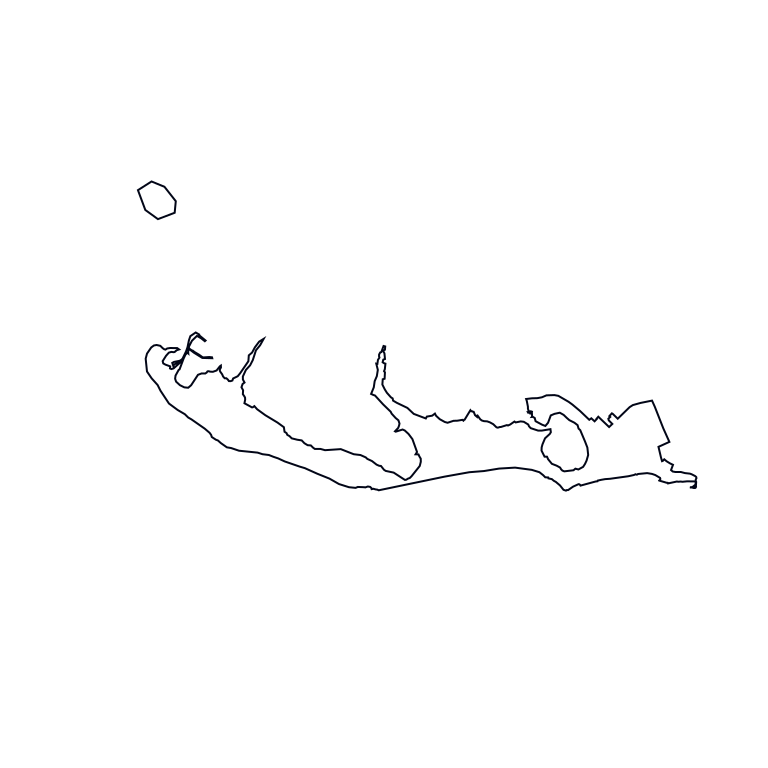 Al Mina, Yemen (Natural Earth projection), rotated 306°
{"feature_id": "15242507B27528285733897", "entity_name": "Al Mina", "entity_type": "district", "adm_level": 2, "iso_a3": "YEM", "parent_name": "Yemen", "parent_adm1": "", "projection": "natural_earth1", "projection_center": [42.92, 14.868], "detail": "fine", "context": "isolated", "style": "outline", "palette": "ink", "viewbox_px": 768, "rotation_deg": 306, "n_neighbors": 0, "source": "geoboundaries", "source_scale": "gbopen_adm2", "svg_char_len": 6163}
<svg xmlns="http://www.w3.org/2000/svg" viewBox="0 0 768 768"><g transform="rotate(306 384 384)"><path d="M504.9,648.9L512.3,636.0L524.8,616.4L528.1,610.6L519.5,602.7L513.2,597.7L509.6,596.3L493.3,593.5L494.3,586.6L494.2,585.6L490.5,585.2L490.3,586.4L487.8,585.9L486.7,587.2L485.9,592.2L481.5,591.4L483.5,576.6L480.7,576.4L480.6,576.7L477.6,576.3L478.1,571.9L475.7,571.1L477.4,558.5L478.1,548.5L478.1,543.8L476.9,532.0L475.2,528.4L470.3,522.1L466.1,519.6L462.7,516.4L459.3,512.0L455.4,507.8L454.2,509.5L450.2,513.8L448.7,514.9L446.9,517.1L448.2,518.8L448.8,520.8L445.8,516.9L445.5,517.5L446.5,518.7L446.0,519.6L447.1,521.0L444.8,522.9L444.2,522.9L444.9,523.7L445.1,525.9L443.0,528.5L444.0,535.8L444.9,539.2L449.1,539.5L456.6,537.4L460.1,539.5L464.1,543.1L464.6,547.5L464.0,551.8L463.7,555.2L464.6,560.8L464.5,564.8L462.3,567.6L462.0,569.9L455.6,580.5L452.1,585.9L446.6,590.9L441.1,592.9L437.5,593.6L434.0,593.8L429.1,591.5L428.0,588.6L425.6,588.0L419.3,581.2L418.8,579.2L419.1,577.4L419.9,575.6L419.4,571.7L418.1,566.7L419.6,561.0L421.0,558.6L419.6,556.6L422.7,550.6L425.4,548.8L428.3,547.7L434.7,546.2L441.1,547.5L443.1,547.3L445.3,545.2L439.0,539.0L436.9,536.1L434.5,528.6L435.0,526.2L436.0,524.5L435.6,519.3L434.1,516.6L430.3,513.1L430.3,511.6L425.4,509.9L423.3,508.7L423.0,507.6L417.9,503.8L417.1,502.8L416.1,502.2L415.3,501.3L415.1,500.2L415.7,496.0L415.2,492.1L414.4,489.4L412.7,486.7L412.0,484.7L412.0,482.7L413.5,478.1L413.2,477.9L412.1,478.5L412.3,476.0L414.2,472.9L413.7,471.9L413.7,471.1L413.2,470.6L413.6,469.3L402.6,470.2L402.3,469.9L401.0,469.8L401.1,468.5L397.5,465.0L395.1,461.9L390.0,458.2L389.0,455.5L388.3,449.8L388.9,444.8L390.0,442.6L386.7,441.6L382.8,437.8L380.7,438.1L377.3,425.6L378.4,417.0L376.3,405.4L375.9,401.1L377.4,399.5L377.3,397.4L378.6,391.5L380.1,387.8L382.6,383.0L387.1,380.2L388.6,381.4L394.0,377.9L394.4,376.5L396.4,376.0L401.3,373.2L400.8,371.7L400.8,370.1L403.3,369.1L404.8,370.1L409.1,366.3L409.7,365.0L410.6,363.7L412.3,364.6L415.1,362.9L414.5,361.3L408.2,363.1L407.3,362.4L405.0,362.7L403.5,363.7L402.7,364.8L400.0,364.9L396.4,366.8L395.9,365.8L391.8,370.7L386.1,373.6L380.8,374.8L375.3,377.7L368.4,379.4L368.8,381.6L369.4,383.5L367.0,395.2L365.5,405.7L364.5,407.6L363.3,413.5L363.1,417.0L361.1,419.8L359.0,420.7L356.8,421.3L352.2,420.7L352.3,421.5L358.1,425.8L358.6,428.1L358.0,433.2L356.1,439.4L348.4,450.7L345.7,450.9L347.3,453.3L346.2,455.2L345.2,457.6L342.7,459.5L338.7,461.1L325.6,460.5L323.1,460.1L321.5,459.0L319.7,458.3L318.7,457.3L318.0,443.9L314.7,436.5L314.6,434.4L315.9,429.7L315.0,428.2L314.4,425.4L314.6,419.6L313.6,414.5L313.9,412.4L312.7,406.7L309.4,400.8L305.9,387.3L295.8,375.2L294.1,370.7L290.8,366.2L290.8,364.1L291.3,360.9L289.6,358.2L289.3,354.4L290.0,350.6L287.9,346.5L285.8,341.3L286.3,338.1L286.0,335.7L287.0,334.0L286.9,331.6L290.2,328.4L290.2,320.5L289.0,306.3L289.0,296.2L289.9,292.1L288.2,291.6L287.5,291.0L286.4,282.4L289.7,280.9L291.3,279.6L291.9,278.4L292.8,275.8L296.1,273.7L297.6,270.6L300.9,269.6L303.2,270.3L304.7,267.2L307.1,265.4L314.2,264.0L320.4,264.7L326.2,263.8L336.0,260.6L342.5,261.0L349.8,260.1L344.9,258.1L337.8,258.0L331.9,258.8L327.7,257.8L322.7,260.9L308.1,261.3L304.3,261.1L299.8,258.7L297.7,259.3L296.2,258.3L295.2,256.8L295.8,255.0L296.0,253.1L295.0,251.7L295.5,249.4L296.7,247.4L297.8,244.1L298.5,243.1L299.5,242.6L301.5,242.4L303.0,241.2L301.8,240.8L296.5,240.6L293.3,238.4L291.8,236.1L291.3,234.7L290.5,233.8L289.0,233.8L287.4,233.2L285.4,230.3L282.1,228.1L269.6,228.7L265.9,227.8L263.9,224.4L263.1,219.6L263.7,214.4L265.5,211.9L268.3,210.4L274.7,209.6L275.7,210.0L286.9,206.9L291.2,206.1L293.5,206.5L293.8,206.8L293.7,207.7L294.8,206.7L296.5,205.9L297.6,205.7L297.7,207.6L297.6,211.8L298.3,221.7L303.9,229.9L304.5,229.2L303.2,226.9L299.3,222.2L299.0,221.1L299.0,217.3L298.5,211.8L298.6,209.7L298.2,208.6L298.2,205.6L299.0,204.5L299.7,204.2L306.1,203.2L313.0,204.4L313.5,209.2L313.3,213.9L314.3,214.1L314.8,205.7L315.4,205.4L315.0,201.4L308.9,199.2L304.7,200.5L298.3,203.4L294.0,204.7L286.2,206.1L284.6,205.9L282.6,205.0L278.4,201.1L276.6,200.3L274.7,203.0L276.6,202.8L283.3,206.5L282.0,206.6L272.9,204.6L271.1,203.2L270.8,201.7L272.6,200.7L271.2,195.8L270.9,193.3L272.4,191.5L278.7,191.1L282.9,191.5L285.0,193.1L286.0,195.0L286.8,195.8L289.4,196.4L291.5,197.9L291.5,195.6L287.4,189.8L285.3,187.7L283.4,187.0L282.9,185.7L282.9,183.9L283.4,180.6L281.9,177.1L279.9,175.2L276.7,174.2L269.3,174.4L264.4,176.3L254.8,184.9L252.0,192.7L250.1,201.5L247.2,207.1L241.8,221.5L241.7,232.4L242.5,240.6L241.8,245.3L242.2,249.0L242.5,265.2L242.0,271.6L241.2,274.1L239.9,275.8L240.1,280.7L240.7,282.8L240.3,286.7L240.4,294.1L242.3,297.9L244.8,305.9L254.2,322.1L255.8,327.0L258.9,332.6L260.1,337.3L261.6,342.1L263.0,349.2L267.6,364.3L269.4,369.4L272.2,382.8L275.4,395.5L276.6,406.4L279.9,416.3L283.3,422.1L285.3,423.3L288.9,428.7L289.3,429.6L291.6,431.2L292.6,433.3L292.4,435.0L291.7,435.8L293.0,437.0L293.8,439.2L294.6,440.7L294.9,442.2L344.6,487.4L362.8,504.9L372.4,516.1L383.2,526.8L393.4,539.2L401.4,554.0L404.0,561.6L403.8,566.4L403.3,569.3L404.9,571.8L404.3,572.5L405.7,575.7L405.5,578.3L405.8,580.5L405.4,586.0L403.9,591.4L404.7,593.9L405.6,594.2L406.4,595.3L412.1,597.3L417.2,600.2L417.6,600.7L417.7,601.7L417.3,602.7L429.5,612.5L430.8,613.9L431.5,613.7L434.1,616.0L437.0,618.8L440.2,622.6L452.9,635.8L457.3,639.7L458.8,640.5L459.0,641.4L459.6,642.1L460.5,642.4L466.6,649.3L468.8,653.7L469.8,657.0L470.3,662.5L469.6,663.4L468.5,663.6L467.9,663.4L467.9,662.7L467.6,663.3L470.3,670.9L470.8,671.6L470.9,672.0L470.6,672.3L477.3,678.3L477.8,679.4L479.5,681.4L480.3,682.9L483.4,686.4L488.2,693.2L487.7,693.9L484.9,695.7L484.9,695.4L483.0,694.8L483.4,694.5L481.9,694.1L480.3,692.3L480.5,693.0L481.4,694.0L481.7,695.3L482.6,696.7L483.1,697.0L484.2,696.9L485.1,696.1L488.3,694.1L488.9,693.1L489.9,692.4L491.5,692.1L492.3,691.2L492.4,689.8L491.8,685.9L491.3,684.2L488.8,679.8L487.3,675.9L484.0,671.3L482.9,669.0L483.1,666.8L488.5,665.3L487.9,662.1L487.6,658.2L487.8,655.0L485.8,654.8L485.0,654.3L487.6,651.0L494.5,643.0L504.9,648.9ZM409.5,108.1L414.5,90.5L411.2,76.9L396.2,71.0L384.5,88.6L384.5,104.2L399.5,114.0L409.5,108.1Z" fill="none" stroke="#020617" stroke-width="2"/></g></svg>